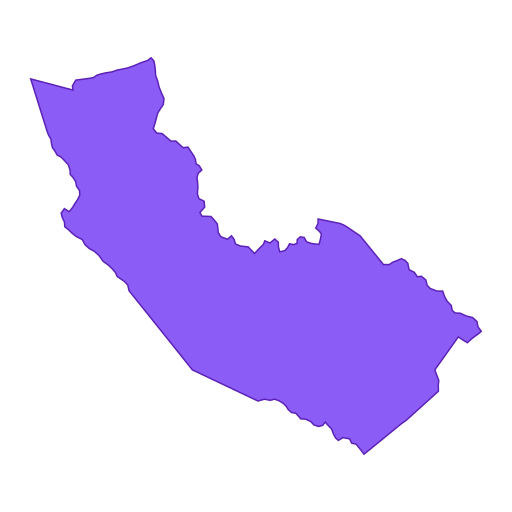 outline of Riachão do Dantas, Sergipe, Brazil
{"feature_id": "56859067B70270123986281", "entity_name": "Riachão do Dantas", "entity_type": "district", "adm_level": 2, "iso_a3": "BRA", "parent_name": "Brazil", "parent_adm1": "Sergipe", "projection": "mercator", "projection_center": [-37.805, -11.019], "detail": "fine", "context": "isolated", "style": "filled", "palette": "violet", "viewbox_px": 512, "rotation_deg": 0, "n_neighbors": 0, "source": "geoboundaries", "source_scale": "gbopen_adm2", "svg_char_len": 2714}
<svg xmlns="http://www.w3.org/2000/svg" viewBox="0 0 512 512"><path d="M472.7,317.6L466.0,315.9L460.3,313.2L455.2,313.0L452.3,310.6L451.2,305.4L447.0,301.0L444.5,296.4L442.7,291.1L437.0,291.1L433.5,289.7L430.2,288.5L427.1,285.2L425.8,279.9L421.4,276.3L417.3,276.7L414.3,272.3L409.1,269.7L407.8,263.3L405.2,260.5L401.4,258.7L396.2,260.9L392.6,262.3L389.3,264.6L383.4,264.5L360.1,235.8L355.0,232.4L347.1,227.0L343.7,225.0L340.2,223.5L318.1,219.0L318.0,223.6L315.7,228.1L319.2,231.1L321.4,234.0L320.2,240.2L319.0,244.4L315.3,244.0L311.2,243.4L306.6,241.8L304.2,237.5L300.4,236.8L297.3,239.4L297.0,243.4L293.6,244.6L289.5,243.8L287.7,247.4L284.8,250.7L279.7,251.8L278.5,247.2L278.3,242.2L274.8,239.0L269.9,243.0L264.8,240.8L263.4,244.4L258.7,249.0L254.6,253.5L251.5,250.4L248.2,246.9L240.4,246.0L235.5,244.0L234.1,239.4L231.5,235.8L227.5,239.2L220.9,236.8L218.2,232.5L217.9,228.7L217.3,224.0L214.3,220.1L211.0,216.5L206.3,216.3L202.0,216.2L199.9,212.5L204.7,207.1L204.1,201.2L199.0,198.7L197.4,194.0L197.9,186.7L197.5,181.4L197.0,177.6L198.1,173.4L201.8,170.0L199.3,165.8L196.1,163.8L195.4,159.3L193.5,155.4L191.0,151.7L188.0,147.1L183.2,147.7L180.0,144.9L175.8,141.0L170.9,141.1L166.4,137.2L162.0,133.5L156.8,133.1L153.3,128.8L155.0,123.3L156.4,118.0L157.7,113.2L160.4,108.7L163.3,104.6L164.0,98.6L161.1,92.1L159.1,87.1L157.7,81.1L155.6,75.3L155.3,70.0L154.8,65.6L153.9,61.0L151.1,57.8L147.8,60.4L144.3,61.6L140.7,62.8L135.7,65.0L131.5,66.6L127.0,68.1L122.2,69.1L117.6,70.0L111.9,71.9L105.5,72.9L100.4,74.1L96.7,75.3L93.7,77.5L89.6,78.3L82.8,79.2L75.8,80.1L72.4,85.9L73.0,90.1L30.7,78.9L47.1,131.3L48.5,135.0L50.9,139.1L51.5,143.7L52.5,147.7L55.2,151.5L57.2,155.1L61.1,157.1L64.4,160.5L68.3,164.8L70.1,170.4L70.2,174.4L72.8,177.2L75.6,181.4L76.6,186.4L79.5,190.5L79.8,195.1L77.5,199.7L74.7,203.9L72.4,207.7L69.1,211.7L64.4,208.6L61.2,213.1L62.2,217.3L64.4,221.9L64.8,226.8L68.3,229.5L72.2,233.3L76.1,236.4L82.3,239.6L85.1,244.8L89.3,248.6L94.2,251.2L98.8,255.3L103.2,261.4L108.4,265.1L112.5,269.1L115.4,272.5L117.2,276.5L120.7,278.9L124.4,281.4L127.8,285.1L129.0,290.7L162.9,333.0L171.3,343.5L192.4,369.9L257.9,401.0L264.5,399.2L270.1,400.3L274.6,399.2L278.9,400.7L283.6,403.6L286.5,406.7L288.3,409.7L291.5,412.5L295.9,413.3L300.8,418.9L305.5,419.1L310.8,421.6L313.9,424.9L318.5,426.5L322.7,425.4L325.2,422.1L328.2,425.5L331.7,429.1L333.3,433.7L335.6,438.0L338.4,440.4L342.9,437.6L349.6,438.9L351.7,443.2L356.0,444.1L358.7,447.3L361.3,450.6L364.0,454.2L377.3,443.4L401.0,424.0L406.2,420.3L438.4,391.2L438.3,384.8L438.8,380.6L434.8,369.9L458.3,336.9L462.7,339.9L467.4,342.7L471.5,338.9L475.3,336.0L478.3,333.9L481.3,331.3L477.9,326.7L477.0,321.6L472.7,317.6Z" fill="#8b5cf6" stroke="#5b21b6" stroke-width="1.5"/></svg>